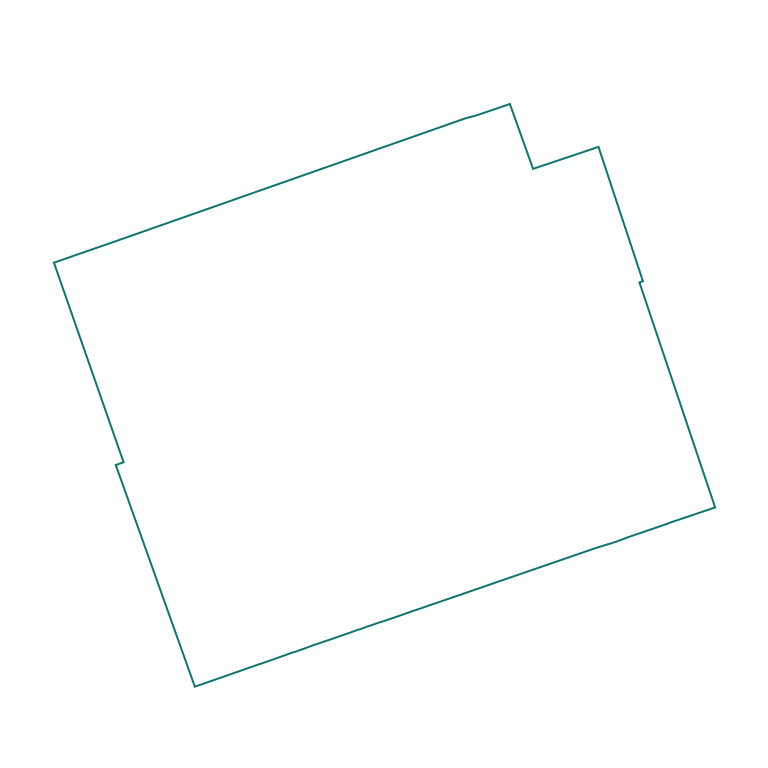 outline of Logan, Colorado, United States of America, rotated 161°
{"feature_id": "52423323B37664223028428", "entity_name": "Logan", "entity_type": "district", "adm_level": 2, "iso_a3": "USA", "parent_name": "United States of America", "parent_adm1": "Colorado", "projection": "orthographic", "projection_center": [-103.051, 40.719], "detail": "fine", "context": "isolated", "style": "outline", "palette": "teal", "viewbox_px": 768, "rotation_deg": 161, "n_neighbors": 0, "source": "geoboundaries", "source_scale": "gbopen_adm2", "svg_char_len": 814}
<svg xmlns="http://www.w3.org/2000/svg" viewBox="0 0 768 768"><g transform="rotate(161 384 384)"><path d="M587.1,606.4L656.6,606.2L655.7,394.8L664.0,394.7L663.6,359.8L661.4,159.4L609.9,159.6L600.9,159.6L593.7,159.7L589.6,159.6L557.5,159.9L555.7,159.7L546.0,159.8L544.3,159.8L534.4,160.1L533.2,159.9L522.5,160.0L521.5,159.9L511.1,159.9L510.1,159.9L499.6,160.0L498.7,159.9L488.2,160.1L487.2,159.9L478.3,160.1L477.7,160.1L476.6,160.1L475.9,160.0L465.3,160.1L464.5,160.0L454.1,159.8L453.0,159.8L431.0,160.0L428.2,159.9L419.5,159.9L418.6,159.9L408.4,160.0L407.7,159.9L237.1,160.0L235.7,159.9L225.5,159.6L216.8,159.3L201.9,159.7L163.2,159.6L156.7,159.8L111.1,159.5L109.4,396.9L105.7,396.9L104.0,538.4L173.0,538.9L173.8,607.8L209.0,607.9L221.0,608.7L587.1,606.4Z" fill="none" stroke="#0f766e" stroke-width="2"/></g></svg>